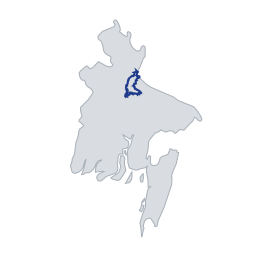 Jamalpur, Dhaka, Bangladesh shown in context, rotated 25°
{"feature_id": "16705992B65705561019803", "entity_name": "Jamalpur", "entity_type": "district", "adm_level": 2, "iso_a3": "BGD", "parent_name": "Bangladesh", "parent_adm1": "Dhaka", "projection": "mercator", "projection_center": [89.869, 25.0], "detail": "fine", "context": "in_parent", "style": "outline", "palette": "blue", "viewbox_px": 256, "rotation_deg": 25, "n_neighbors": 0, "source": "geoboundaries", "source_scale": "gbopen_adm2", "svg_char_len": 7578}
<svg xmlns="http://www.w3.org/2000/svg" viewBox="0 0 256 256"><g transform="rotate(25 128 128)"><path d="M90.5,179.6L90.5,173.9L86.7,162.5L86.9,161.3L86.1,155.8L85.1,152.8L84.6,149.5L86.9,144.8L86.0,144.1L80.9,142.7L80.3,141.5L81.4,136.9L77.8,132.5L76.3,129.2L80.2,118.7L81.2,111.4L80.9,109.9L78.5,108.3L74.3,107.6L71.3,106.3L69.6,104.2L68.1,103.3L66.3,104.0L63.9,103.1L62.0,101.1L60.3,98.6L61.0,95.8L64.1,89.3L65.2,89.1L67.9,90.3L68.9,90.3L70.6,87.8L73.1,80.4L81.6,81.0L83.7,80.8L85.8,80.2L87.0,79.3L87.6,78.1L87.4,77.1L84.8,75.7L83.7,74.7L83.0,71.7L82.2,70.6L77.1,70.4L74.4,69.1L72.9,67.9L70.3,63.8L67.1,60.8L64.0,60.1L62.8,59.2L62.1,57.6L62.5,55.4L64.1,51.1L72.6,41.9L72.8,40.9L72.5,39.7L70.0,38.2L69.8,37.5L70.5,35.5L71.9,35.3L74.9,37.0L77.9,39.9L79.6,42.4L79.7,44.4L82.0,44.8L84.0,45.7L86.0,45.5L87.3,46.0L88.1,45.8L88.5,44.6L86.8,41.7L87.6,40.5L89.6,40.6L91.0,41.6L92.0,43.9L92.2,47.4L94.5,50.5L97.5,52.8L99.9,53.8L102.7,54.5L105.2,53.8L106.4,51.6L105.8,49.7L106.2,47.9L107.2,46.9L108.7,47.0L109.9,48.4L113.2,55.9L112.5,59.2L113.2,68.3L112.4,74.3L112.9,76.6L113.5,77.0L118.5,78.1L125.7,80.5L131.3,81.4L156.4,80.7L161.8,81.9L178.6,81.0L183.1,82.9L188.1,86.0L190.9,88.3L191.4,89.6L191.1,90.8L190.1,91.4L188.4,91.4L184.5,89.9L183.8,90.4L183.8,93.9L180.6,102.9L180.1,105.6L179.0,106.7L175.7,107.3L173.5,112.5L172.6,113.1L170.4,112.0L169.1,112.2L167.4,112.7L165.7,113.9L164.5,115.4L163.2,115.9L158.5,115.8L157.6,118.2L154.6,121.3L152.5,129.7L152.6,132.2L155.2,138.9L157.0,147.5L157.7,148.3L158.6,148.4L158.6,144.5L159.5,144.0L160.6,144.4L162.8,149.7L164.0,151.1L165.9,151.5L168.2,150.7L169.8,149.1L170.5,147.4L169.9,141.6L170.9,139.3L174.7,135.8L175.3,134.7L175.0,128.9L176.5,128.7L178.4,129.1L180.8,127.7L181.6,127.7L182.6,129.2L184.3,128.9L186.9,140.5L187.1,148.6L187.7,153.1L188.7,154.1L191.5,160.8L194.2,184.5L194.5,199.4L195.7,204.5L194.7,205.6L193.8,205.9L192.9,204.1L186.8,200.3L185.3,200.7L183.2,202.9L182.4,204.9L182.7,207.8L183.4,210.6L184.9,212.2L185.0,214.0L186.6,220.7L186.1,220.7L182.8,214.6L178.8,208.6L177.4,197.9L177.3,192.6L174.6,186.3L172.0,175.3L173.1,171.5L171.2,173.2L168.1,166.6L163.3,160.1L161.9,157.3L161.8,154.5L159.8,157.3L157.0,159.2L154.1,162.2L152.2,163.1L146.1,163.6L142.7,159.7L137.7,150.0L137.0,147.8L137.6,142.1L136.5,136.7L136.1,131.9L135.2,132.3L134.9,133.6L135.1,135.6L134.7,137.3L126.3,136.2L129.9,139.1L133.7,139.7L135.7,142.3L135.9,146.5L132.1,149.1L132.4,151.2L134.6,153.8L131.9,154.6L131.2,156.3L131.2,158.7L133.0,162.4L132.7,163.9L135.9,168.8L136.5,171.1L135.7,174.4L128.8,181.1L126.8,185.8L125.2,188.0L123.0,188.4L120.5,186.2L120.4,183.9L121.0,182.0L124.5,177.6L122.6,178.2L117.0,181.9L116.0,178.9L115.3,176.2L115.3,172.8L117.9,167.8L114.9,170.3L114.1,173.4L114.4,177.1L114.1,179.7L112.9,183.1L111.2,185.2L108.6,186.5L107.5,188.5L105.7,189.9L105.1,183.1L103.2,173.9L102.8,175.8L103.8,181.6L103.7,185.3L102.3,188.3L99.4,191.4L97.2,191.9L95.9,191.4L91.8,186.6L91.4,182.1L90.5,179.6ZM141.2,179.8L136.1,180.9L133.5,180.5L138.4,172.2L138.2,168.5L137.4,165.4L135.0,163.0L134.8,161.2L133.7,158.9L133.2,156.1L135.9,155.2L138.1,156.8L138.9,159.9L140.0,162.3L143.9,167.2L143.8,170.2L142.8,177.5L141.2,179.8ZM152.2,177.0L149.1,179.3L150.1,166.1L152.4,171.0L153.0,173.6L152.2,177.0ZM164.1,170.5L162.7,171.4L161.5,170.6L159.8,167.5L160.6,163.6L161.1,163.0L163.1,167.0L164.1,170.5ZM175.6,198.1L173.8,198.3L173.0,197.4L173.4,196.0L172.9,191.8L175.2,191.4L176.0,194.9L175.6,198.1ZM173.7,186.3L172.3,190.5L171.8,188.6L172.7,184.9L173.7,186.3ZM137.2,152.0L137.7,153.4L134.9,151.6L134.1,150.3L135.4,149.7L137.2,152.0Z" fill="#d9dde1" stroke="#a8b0b8" stroke-width="1"/><path d="M110.0,93.7L110.2,93.8L110.4,93.9L110.5,94.0L110.8,94.0L110.7,93.8L110.8,93.8L111.3,94.1L111.7,93.9L112.0,94.2L112.0,94.6L111.9,94.7L111.8,94.8L112.2,94.9L112.2,95.1L112.1,95.3L111.9,95.4L111.7,95.4L111.7,95.7L111.8,95.7L111.9,95.9L112.0,95.9L112.0,96.1L112.3,96.1L112.2,96.3L112.2,96.5L112.3,96.5L112.2,96.5L112.3,96.7L112.5,96.9L112.3,97.1L112.0,97.2L112.1,97.4L112.0,98.1L112.1,98.6L111.8,98.7L111.5,98.7L111.5,99.0L111.6,99.3L111.7,99.5L111.9,99.7L112.0,100.1L112.2,100.3L112.2,100.5L112.4,100.5L112.8,100.5L112.8,100.3L113.0,100.2L112.8,100.2L112.9,99.9L113.0,100.1L113.1,99.9L113.3,99.9L113.2,99.7L113.4,99.4L113.5,99.4L113.4,99.3L113.3,99.2L113.6,99.2L113.7,98.9L113.8,98.8L113.7,98.7L114.0,98.9L114.0,98.7L113.8,98.6L113.8,98.4L113.8,98.2L114.3,98.0L114.5,97.9L114.5,97.6L114.4,97.5L114.8,96.9L115.0,97.0L115.3,97.0L115.4,96.8L115.4,96.6L115.3,96.3L114.9,96.0L114.8,95.8L114.9,95.5L114.8,95.3L114.8,95.2L115.0,95.0L115.0,94.9L114.9,94.9L115.1,94.9L115.1,95.0L115.4,95.0L115.5,95.1L115.4,94.9L115.5,94.9L115.7,95.1L115.8,95.1L115.8,94.9L115.9,94.7L116.3,94.8L116.2,94.7L116.3,94.6L116.2,94.5L116.1,94.4L116.2,94.5L116.5,94.4L116.7,94.6L116.7,94.8L116.8,94.7L116.9,94.8L117.1,94.7L117.1,94.8L117.2,95.1L117.3,95.1L117.1,95.1L117.3,95.3L117.6,95.4L117.8,95.4L118.0,95.3L118.2,95.0L118.3,95.0L118.3,94.9L118.6,94.7L118.8,94.6L119.0,94.5L119.1,94.1L119.3,93.7L119.6,93.7L119.8,93.8L120.0,93.7L120.4,93.6L120.6,93.4L121.0,93.3L121.4,93.6L121.6,93.5L121.7,93.4L121.9,93.4L122.0,93.3L122.2,93.5L122.3,93.6L122.5,93.7L122.5,93.4L122.8,93.2L122.9,93.3L123.0,93.2L123.0,92.9L123.1,92.7L123.2,92.4L123.3,92.1L123.5,92.1L123.8,92.2L123.7,91.9L123.7,91.7L123.9,91.6L123.9,91.3L123.8,91.2L124.0,91.2L124.3,91.1L124.1,91.0L124.2,90.9L123.7,90.9L123.8,90.8L124.0,90.9L124.0,90.7L124.3,90.6L124.3,90.4L124.1,90.3L124.1,90.2L123.7,90.1L123.4,90.1L123.0,90.0L123.0,89.9L123.0,89.7L122.9,89.6L122.7,89.7L122.6,89.8L122.5,89.7L122.3,89.8L122.0,89.7L121.9,89.7L121.6,89.5L121.1,89.6L120.8,89.5L120.3,89.6L120.0,89.4L119.8,89.3L119.7,89.3L119.3,89.4L119.5,89.1L119.2,89.3L119.2,89.5L118.5,89.3L118.4,89.2L118.0,89.1L117.9,89.2L117.5,89.1L117.1,89.0L116.9,88.8L116.8,88.7L116.7,88.3L116.7,88.1L116.6,87.9L116.4,87.8L116.1,87.8L115.7,88.0L115.6,87.9L115.5,87.7L115.6,87.0L115.5,86.9L115.4,86.8L115.2,86.9L115.3,86.7L115.2,86.3L115.2,85.9L114.9,85.9L114.9,85.6L114.9,85.4L115.5,85.4L115.6,85.2L115.9,84.8L116.2,84.5L116.0,84.4L115.9,84.3L115.8,84.2L115.8,83.9L115.9,83.6L115.6,83.3L115.4,83.0L115.3,82.9L115.3,82.7L115.3,82.4L115.2,82.2L115.4,82.2L115.5,81.9L115.4,81.8L115.5,81.4L115.6,81.1L115.8,80.9L115.5,80.7L115.3,80.7L115.1,80.6L115.1,80.3L115.1,79.8L115.2,79.7L115.3,79.5L115.3,79.3L115.4,79.2L115.5,78.8L115.5,78.6L115.5,78.4L115.5,78.1L115.6,77.9L115.9,77.9L116.0,77.9L116.1,78.1L116.4,78.1L116.3,77.7L116.4,77.4L116.5,77.1L116.9,77.0L116.8,76.7L116.7,76.6L116.6,76.8L116.2,76.7L115.9,76.6L115.6,76.5L115.4,76.6L115.3,76.8L115.2,76.8L115.2,77.0L114.8,77.3L114.4,77.2L114.2,77.2L113.9,77.1L113.4,76.9L113.6,76.7L113.7,76.3L113.7,76.2L113.5,75.8L113.3,75.3L113.2,75.2L113.1,74.4L113.1,74.2L113.3,73.5L113.3,73.3L113.3,73.0L113.1,73.0L112.5,72.9L112.2,72.7L111.5,72.5L111.8,72.8L111.7,73.0L111.8,73.1L112.0,73.1L111.9,73.0L112.0,73.0L112.0,73.3L111.9,73.9L111.9,74.0L111.6,74.1L111.0,74.2L110.8,74.5L110.2,75.0L110.4,75.0L110.5,75.4L110.7,76.1L110.8,76.2L110.8,76.4L110.9,76.8L111.1,77.1L111.2,77.4L111.1,77.7L111.0,77.8L111.0,78.2L111.1,78.4L111.0,78.8L110.8,78.9L109.9,78.9L109.7,78.9L109.6,79.0L109.5,79.4L109.2,79.9L108.9,80.6L108.8,80.8L108.8,81.0L108.4,81.6L108.2,81.9L108.0,82.6L108.1,83.1L107.9,83.4L107.8,83.6L108.0,83.9L108.2,84.0L108.3,84.4L108.3,84.9L108.0,85.0L108.4,86.3L108.4,86.9L108.8,87.3L108.9,87.6L108.9,88.3L108.8,88.6L108.8,88.8L108.9,89.2L109.0,89.2L109.2,89.7L108.9,89.7L108.9,89.8L108.4,90.1L108.6,90.4L108.6,90.9L109.0,91.5L109.0,91.9L109.1,92.1L109.6,92.5L109.9,92.8L110.5,93.0L110.3,93.4L110.0,93.7Z" fill="none" stroke="#1e3a8a" stroke-width="2"/></g></svg>